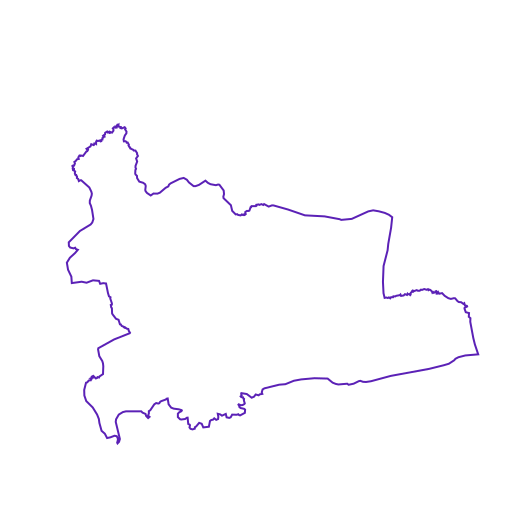 the district of Chaloem Phra Kiat, Buri Ram, Thailand, rotated 78°
{"feature_id": "78962969B72418392549656", "entity_name": "Chaloem Phra Kiat", "entity_type": "district", "adm_level": 2, "iso_a3": "THA", "parent_name": "Thailand", "parent_adm1": "Buri Ram", "projection": "mercator", "projection_center": [102.88, 14.577], "detail": "fine", "context": "isolated", "style": "outline", "palette": "violet", "viewbox_px": 512, "rotation_deg": 78, "n_neighbors": 0, "source": "geoboundaries", "source_scale": "gbopen_adm2", "svg_char_len": 6099}
<svg xmlns="http://www.w3.org/2000/svg" viewBox="0 0 512 512"><g transform="rotate(78 256 256)"><path d="M398.4,59.1L387.9,60.3L381.2,60.5L364.9,60.1L361.4,59.2L359.7,60.5L356.1,59.5L354.6,62.5L350.8,63.0L350.0,62.7L349.3,60.0L348.6,60.1L347.8,61.9L345.5,62.1L346.0,63.1L343.9,64.9L343.2,67.2L342.0,68.3L338.8,70.0L338.4,71.2L338.5,74.3L337.2,76.7L334.1,79.8L331.0,81.7L331.0,84.6L329.2,85.3L330.5,86.4L330.4,87.1L328.5,86.7L327.8,87.0L327.9,87.7L328.9,87.9L328.6,88.6L329.0,89.7L328.1,90.2L328.6,91.1L327.2,91.3L325.5,92.5L325.0,93.2L325.3,94.4L324.2,94.7L324.5,96.2L323.3,98.3L323.7,100.7L323.2,101.6L324.0,103.1L323.7,104.8L322.8,105.9L323.2,108.6L322.3,109.9L322.6,110.4L323.6,110.2L323.5,111.2L324.2,112.3L325.9,112.8L326.3,113.3L325.1,114.1L325.1,115.2L324.4,115.6L325.5,116.4L324.3,118.2L325.3,119.8L325.2,122.4L323.7,122.7L324.2,123.5L324.1,127.2L324.5,128.1L324.0,130.0L324.8,130.5L324.4,132.5L325.3,133.5L324.1,134.6L324.5,135.8L323.7,137.2L323.7,138.9L318.9,139.0L307.7,137.2L292.3,133.3L277.8,126.1L271.6,124.1L256.5,118.0L246.4,114.7L243.3,117.4L240.6,121.1L237.8,126.6L235.7,131.9L235.7,136.9L239.6,154.6L238.4,165.1L237.4,166.5L231.5,180.7L226.4,199.7L217.2,215.0L210.2,228.3L209.8,229.8L210.3,233.3L206.9,237.3L207.6,238.3L206.4,239.9L206.7,242.1L206.1,242.7L206.0,245.0L206.9,245.1L207.2,245.7L206.3,250.0L207.2,250.6L207.1,251.1L210.2,253.0L210.4,253.7L210.0,255.5L210.7,257.3L211.9,257.6L212.8,257.3L213.6,258.7L213.5,259.2L212.8,259.1L213.0,260.8L212.4,261.2L213.1,262.6L212.1,265.0L211.2,265.7L211.1,267.2L206.9,269.9L201.1,270.0L192.7,275.7L191.1,275.6L188.8,274.4L185.2,274.0L178.7,277.0L178.2,278.2L178.4,280.5L176.3,285.6L174.5,287.8L171.8,289.8L174.6,297.0L175.1,300.7L174.7,302.5L170.1,306.3L167.0,307.8L164.6,310.5L164.7,314.7L167.2,324.4L168.1,326.2L169.7,327.3L170.5,330.2L174.1,336.9L174.5,339.5L173.6,343.3L174.9,346.4L171.7,349.5L169.7,350.5L168.4,350.6L164.6,349.3L162.8,349.5L160.9,351.2L159.0,354.7L155.1,356.1L152.8,355.8L151.2,356.9L150.2,357.0L146.8,356.1L145.8,355.2L144.5,355.5L142.8,355.1L138.9,352.6L135.6,353.0L133.6,350.7L131.6,351.2L130.7,350.9L127.8,352.0L127.4,353.7L126.6,354.0L124.6,356.7L123.7,356.5L122.9,357.3L121.3,357.7L120.8,357.2L118.4,357.9L118.3,358.9L117.4,359.0L116.6,359.8L116.4,361.4L114.4,361.3L113.1,360.6L110.8,359.2L109.1,357.3L107.4,356.8L104.9,357.7L104.1,357.0L102.7,357.7L103.3,360.7L102.7,361.9L101.8,361.4L100.8,363.6L99.0,363.2L99.3,363.8L98.8,364.3L99.9,365.4L100.5,365.1L101.3,365.6L100.3,366.7L101.1,367.0L100.5,368.1L101.4,369.5L102.2,369.1L103.8,369.4L105.4,371.2L104.2,373.0L105.2,373.2L105.2,373.7L104.0,374.1L104.4,375.2L103.3,375.7L104.1,377.9L105.7,378.4L106.1,379.6L107.4,379.4L107.0,380.6L108.3,380.5L108.8,381.8L110.2,382.0L110.4,383.5L111.5,383.5L111.6,384.3L110.5,385.2L110.7,386.7L110.0,387.8L110.9,388.6L113.1,389.1L112.4,389.8L112.3,390.8L113.4,391.1L113.8,391.7L112.4,393.9L114.4,395.1L115.9,399.5L116.5,399.2L116.3,398.1L117.1,398.1L118.4,399.3L118.5,400.2L122.2,404.4L121.5,405.6L121.7,406.8L121.0,407.2L121.0,407.8L122.6,409.3L124.2,409.2L124.2,411.0L125.6,412.6L126.2,414.1L127.9,413.9L129.7,415.1L129.4,416.0L129.8,416.9L130.9,416.5L132.1,417.1L133.6,417.1L133.3,416.0L134.6,416.3L135.7,415.3L137.2,416.0L138.9,415.9L139.2,415.2L139.6,415.4L140.9,414.5L142.5,415.0L143.7,413.9L145.9,413.7L145.4,412.0L145.6,411.2L154.3,404.8L158.8,403.7L160.9,403.6L162.8,404.3L167.2,407.0L169.7,407.6L172.5,407.0L176.9,406.8L186.0,407.3L189.2,409.2L190.8,411.2L194.9,423.0L203.7,436.3L207.3,436.9L209.1,436.0L210.6,432.9L210.3,431.2L211.8,430.7L212.9,429.0L215.5,432.4L219.0,438.4L223.2,442.4L230.3,442.7L237.8,440.9L244.2,441.8L244.9,431.9L246.9,427.3L245.9,420.5L247.7,414.7L250.8,414.2L250.8,411.1L251.7,408.4L261.4,408.5L264.9,408.2L266.1,406.9L267.3,407.4L272.3,406.8L273.6,407.1L273.7,408.2L276.2,408.3L277.1,407.8L282.2,408.7L283.3,408.4L288.3,406.0L289.8,403.7L294.5,403.3L294.8,402.5L296.5,401.9L297.3,400.6L298.3,400.0L298.9,399.3L298.5,399.0L300.3,397.4L300.8,396.1L302.7,396.0L304.9,395.2L305.3,395.6L308.1,412.1L313.4,429.4L314.5,429.9L321.4,430.1L326.8,428.2L329.2,428.0L332.1,428.3L339.7,430.2L341.3,434.2L342.2,434.8L341.5,436.2L342.2,436.7L342.5,438.1L339.4,440.1L339.9,441.8L340.2,442.0L341.2,441.3L341.4,443.0L342.4,441.8L342.1,443.3L343.2,443.5L343.0,445.5L344.5,447.3L344.6,448.6L351.3,451.9L356.8,452.9L362.6,452.2L370.2,447.2L378.0,444.4L382.7,443.6L386.8,443.9L394.9,443.4L398.4,440.8L403.1,439.5L403.1,436.2L402.4,431.7L403.3,429.7L405.6,429.1L407.2,429.3L409.7,430.6L410.5,430.4L409.3,428.6L406.7,427.2L389.1,427.7L386.6,426.8L382.6,423.2L381.0,418.7L380.9,415.4L384.1,400.5L385.6,399.6L387.5,396.9L389.7,396.7L392.1,395.2L391.2,393.6L389.7,394.8L387.7,393.5L385.5,393.1L384.9,391.5L379.9,386.3L379.1,384.2L380.0,382.3L379.9,381.2L378.8,380.2L378.3,379.0L377.6,373.8L377.0,373.2L377.0,372.0L382.9,372.3L386.7,370.5L388.2,368.2L389.9,363.4L391.3,360.8L391.8,360.7L392.4,361.5L392.9,363.6L394.0,365.2L397.3,365.9L399.9,364.2L400.4,363.1L400.7,359.2L399.8,357.2L399.9,356.5L406.2,357.2L407.2,355.9L407.9,355.8L409.9,356.7L411.4,356.0L412.4,354.2L412.2,351.8L410.8,351.4L410.3,350.0L407.4,346.3L408.8,344.0L412.7,343.2L413.2,337.6L407.8,335.3L407.1,333.8L407.2,332.2L406.1,330.6L408.0,329.0L407.6,327.0L405.6,326.3L402.4,326.2L403.6,323.8L405.1,322.5L404.2,318.4L407.7,318.3L408.8,315.8L408.5,314.3L406.2,312.3L407.3,307.8L407.1,306.2L408.1,305.6L408.6,304.7L407.1,299.5L404.0,298.6L403.0,299.4L401.5,302.7L400.1,303.7L399.2,303.5L397.8,304.1L397.5,303.7L398.8,301.9L399.0,300.1L398.4,298.2L397.8,297.6L395.0,297.9L393.3,297.4L392.9,298.0L391.6,298.0L391.0,299.7L390.1,300.2L389.4,299.0L387.8,299.2L387.1,298.8L389.1,293.7L393.7,289.7L393.2,287.2L391.4,285.1L392.8,282.4L392.1,281.1L392.2,278.5L390.5,278.7L387.9,277.3L387.2,275.3L386.7,260.1L387.5,253.9L385.9,244.9L386.1,237.5L387.7,224.2L390.8,211.4L395.8,207.4L397.7,204.6L398.8,202.1L399.9,193.3L401.2,192.2L401.2,187.0L399.8,181.5L399.8,179.9L401.3,177.5L402.1,174.6L402.4,169.6L401.3,149.1L402.4,110.0L401.9,95.2L401.5,89.8L399.2,83.8L398.0,82.3L397.1,79.0L396.8,71.9L398.4,59.1Z" fill="none" stroke="#5b21b6" stroke-width="2"/></g></svg>